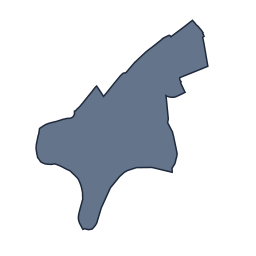 Fundeni, Galati, Romania (Albers equal-area conic projection), rotated 347°
{"feature_id": "2599482B42074396802829", "entity_name": "Fundeni", "entity_type": "district", "adm_level": 2, "iso_a3": "ROU", "parent_name": "Romania", "parent_adm1": "Galati", "projection": "albers", "projection_center": [27.553, 45.567], "detail": "fine", "context": "isolated", "style": "filled", "palette": "slate", "viewbox_px": 256, "rotation_deg": 347, "n_neighbors": 0, "source": "geoboundaries", "source_scale": "gbopen_adm2", "svg_char_len": 2780}
<svg xmlns="http://www.w3.org/2000/svg" viewBox="0 0 256 256"><g transform="rotate(347 128 128)"><path d="M219.7,85.8L219.7,85.6L220.3,75.2L220.5,71.9L220.6,70.1L221.1,60.5L221.1,56.4L221.9,56.1L222.7,55.9L222.5,54.1L222.2,53.3L222.0,52.5L222.6,52.2L221.7,49.8L220.2,46.8L219.0,44.5L217.8,43.0L216.5,40.2L215.0,37.6L214.7,37.8L213.4,38.3L211.7,39.1L207.1,41.3L199.0,44.9L193.8,47.2L190.3,48.8L189.7,47.4L188.8,46.9L183.5,48.1L182.2,48.5L179.1,50.2L168.7,55.1L165.3,56.6L162.1,58.2L157.4,60.9L157.2,61.1L154.3,62.7L151.1,64.6L150.0,65.4L149.5,65.4L149.2,65.7L138.3,73.7L137.4,73.6L135.8,73.5L134.6,74.0L132.2,75.5L121.1,84.1L115.2,88.8L111.3,91.7L109.3,86.3L106.9,80.1L105.5,80.8L102.6,83.1L101.6,84.0L101.1,84.4L99.9,85.3L92.0,91.5L90.4,92.8L89.6,93.4L87.9,94.7L84.9,96.9L83.4,97.6L81.8,98.7L80.9,99.4L79.6,99.5L79.2,101.3L79.1,102.3L77.7,104.1L76.4,105.0L74.2,105.5L73.5,105.4L72.8,105.3L71.5,105.1L70.6,104.9L69.6,104.9L68.6,105.0L66.3,104.9L65.5,105.0L64.7,105.1L63.9,105.2L63.4,105.2L62.9,105.2L59.7,105.5L58.8,105.5L57.3,105.5L56.8,105.5L54.6,105.5L54.1,105.6L52.7,105.6L51.5,105.7L50.7,105.8L49.9,105.9L49.4,106.0L49.0,106.1L48.9,106.0L48.0,106.3L46.8,106.7L46.1,106.9L45.0,107.3L43.4,107.9L42.0,108.5L41.9,108.6L41.7,108.6L41.6,108.8L39.9,113.2L39.6,113.8L38.7,115.3L38.3,116.1L38.0,116.8L37.0,119.0L36.9,119.2L36.7,119.7L35.0,123.3L34.9,123.7L34.1,126.1L33.7,128.0L33.5,131.0L33.4,132.0L33.4,132.6L33.4,134.0L33.3,136.5L34.3,138.6L35.2,141.0L35.3,141.2L35.5,141.5L36.3,142.2L36.8,142.6L37.8,143.4L38.5,143.9L39.4,144.4L40.0,144.6L40.8,144.9L41.8,145.3L42.6,145.5L43.8,145.9L44.9,146.2L45.0,146.2L45.3,146.2L46.0,146.3L47.2,146.4L48.6,146.4L49.0,146.7L49.1,146.8L49.3,146.9L50.4,147.6L51.0,148.0L52.2,148.8L52.8,149.3L53.5,149.8L54.4,150.5L56.5,152.3L57.7,153.4L58.2,153.7L58.8,154.3L60.4,155.5L60.9,155.9L61.9,156.7L62.0,156.9L62.2,157.1L63.9,159.8L65.3,161.8L66.2,163.3L67.6,165.6L67.9,166.3L68.0,166.7L68.1,167.0L68.3,167.8L68.5,168.7L69.0,171.6L69.1,172.5L69.1,173.1L69.2,173.8L69.2,174.2L69.3,174.7L69.3,174.9L69.2,180.6L69.0,181.4L67.9,187.1L67.0,188.8L63.0,196.2L60.4,201.4L59.6,203.6L59.2,205.6L59.2,207.5L59.4,209.8L60.6,214.4L61.3,216.7L62.9,216.3L66.6,218.2L70.3,218.4L72.2,217.1L73.6,216.1L76.0,213.8L84.0,199.8L97.4,182.3L108.9,173.4L114.3,170.4L118.0,169.3L127.3,168.5L142.4,171.8L146.3,173.7L153.9,177.5L160.5,180.8L161.1,181.1L161.9,177.0L165.4,173.6L166.5,171.8L167.5,169.7L168.9,167.1L170.1,164.1L170.3,157.1L170.3,155.5L170.5,146.8L170.4,141.7L169.6,138.7L167.8,131.7L169.3,128.3L172.0,107.6L172.3,105.0L173.3,105.9L175.4,107.1L177.5,107.9L178.9,108.2L180.3,108.4L182.3,108.2L186.5,107.3L191.7,106.1L191.5,105.6L190.7,101.9L189.4,95.9L190.2,94.9L189.3,93.0L189.7,90.6L208.2,87.7L219.7,85.8Z" fill="#64748b" stroke="#1e293b" stroke-width="1.5"/></g></svg>